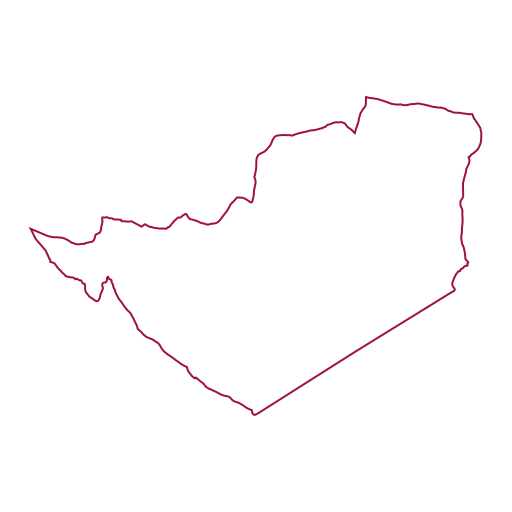 Cuìtiva, Boyacá, Colombia (Natural Earth projection)
{"feature_id": "7082276B99852494117570", "entity_name": "Cuìtiva", "entity_type": "district", "adm_level": 2, "iso_a3": "COL", "parent_name": "Colombia", "parent_adm1": "Boyacá", "projection": "natural_earth1", "projection_center": [-72.954, 5.587], "detail": "fine", "context": "isolated", "style": "outline", "palette": "rose", "viewbox_px": 512, "rotation_deg": 0, "n_neighbors": 0, "source": "geoboundaries", "source_scale": "gbopen_adm2", "svg_char_len": 6038}
<svg xmlns="http://www.w3.org/2000/svg" viewBox="0 0 512 512"><path d="M480.3,128.1L479.8,127.2L479.3,126.4L477.4,123.2L476.5,122.0L475.0,119.7L474.0,118.6L472.3,114.2L467.7,114.1L465.9,113.7L462.1,113.3L459.9,112.8L456.1,112.7L454.0,112.6L451.6,111.8L450.4,111.1L448.9,111.0L447.4,110.2L446.7,109.7L445.7,108.8L445.3,108.7L444.1,108.5L441.2,107.6L440.0,107.5L437.4,107.5L435.6,107.1L432.8,106.8L428.1,105.5L423.7,104.5L419.9,103.8L418.9,103.5L417.5,103.5L415.2,103.9L410.5,104.2L408.6,104.7L406.8,105.1L404.0,105.2L403.0,105.1L401.8,104.7L401.0,104.4L400.4,104.3L398.1,104.6L396.2,104.5L391.8,103.9L388.0,102.5L383.8,101.0L377.7,99.1L372.3,98.2L369.8,98.0L366.0,97.1L365.9,103.1L365.6,105.3L365.2,106.6L363.0,109.1L361.8,111.2L360.8,112.8L360.3,113.9L358.9,118.9L358.6,121.1L357.7,124.2L356.2,128.2L354.8,133.1L351.6,129.9L349.7,128.4L348.6,127.8L347.7,127.1L344.7,123.3L342.2,122.4L341.2,122.2L339.6,122.2L338.2,122.5L336.4,122.2L334.6,122.5L333.1,122.9L330.2,124.2L327.9,124.7L327.2,125.1L326.6,125.6L326.1,126.1L325.6,126.8L323.7,127.4L321.4,128.4L320.4,128.5L319.6,128.8L317.6,129.3L314.9,130.1L311.6,130.3L309.9,130.6L307.9,131.2L298.3,133.4L295.2,134.4L292.4,135.6L289.1,135.1L285.0,135.1L283.2,135.0L277.6,135.5L276.2,135.9L274.6,136.9L273.7,138.2L272.6,140.1L270.9,144.1L270.5,144.9L266.7,149.6L264.4,151.6L263.2,152.3L259.8,153.9L258.8,154.6L258.2,155.3L257.7,156.0L256.7,158.2L256.5,159.8L256.3,161.4L256.3,165.9L256.1,168.7L255.2,173.8L254.3,177.1L255.1,178.8L255.5,181.1L255.6,182.2L255.5,183.4L254.6,187.6L254.0,190.5L253.9,191.8L253.9,193.3L253.5,196.6L252.2,201.6L252.0,202.0L251.5,202.4L251.0,202.5L250.0,202.0L248.3,200.7L245.4,198.9L244.3,198.4L243.3,198.0L242.2,197.7L241.1,197.6L237.5,197.5L236.9,197.6L235.9,198.7L233.9,201.1L231.0,203.9L230.2,205.0L229.4,206.9L226.4,211.8L224.4,214.2L220.2,219.8L218.7,221.4L218.1,221.9L217.4,222.4L215.7,223.2L214.2,223.5L211.0,223.8L208.8,224.5L207.8,224.7L207.3,224.6L206.2,224.2L200.5,222.7L197.6,221.3L196.3,220.8L192.8,219.7L190.8,219.3L189.8,219.0L188.3,217.3L186.4,214.2L186.0,214.0L185.7,213.9L183.0,215.3L181.1,217.1L180.7,217.4L179.9,217.6L178.2,217.5L175.8,219.5L174.2,221.0L169.4,226.9L168.1,227.1L167.8,227.3L167.3,228.0L166.8,228.4L166.2,228.6L165.3,228.8L164.7,228.7L164.1,228.5L158.9,228.5L154.8,228.0L151.3,227.0L151.0,227.1L149.5,226.7L147.5,225.7L145.2,224.3L144.9,224.3L144.1,224.7L143.5,225.3L141.4,226.6L139.0,225.2L136.1,223.8L132.0,221.5L131.4,221.4L127.8,221.6L121.5,221.1L121.3,220.5L121.2,220.1L120.9,219.8L119.0,219.7L117.5,219.5L113.6,219.4L112.0,218.3L109.1,218.2L107.7,217.4L106.3,217.2L105.1,217.6L103.5,217.4L102.3,217.5L102.2,219.5L102.4,221.3L102.4,222.4L102.0,223.7L101.7,225.5L100.9,228.5L101.1,228.9L101.1,229.2L100.5,231.3L99.7,232.7L98.1,233.4L97.4,233.9L96.4,234.2L96.0,234.5L95.6,235.0L95.2,235.9L95.0,237.0L94.6,238.5L94.0,239.8L93.1,241.0L92.7,241.4L91.6,241.9L91.0,241.9L88.9,242.4L85.8,243.0L84.5,243.8L80.6,244.0L78.6,244.3L77.6,244.3L76.5,244.2L71.7,242.7L70.6,242.0L69.0,240.8L66.3,239.3L64.5,238.5L61.6,237.6L59.1,237.6L56.7,237.2L53.9,237.3L50.8,236.8L49.8,236.4L48.2,236.2L30.7,228.8L35.6,238.8L45.5,250.3L48.2,256.0L49.2,258.5L50.3,259.9L50.3,262.0L53.0,262.6L54.4,263.3L55.3,264.4L57.7,267.8L59.8,270.0L60.6,270.5L61.2,271.5L62.6,273.0L64.0,274.1L65.0,275.2L65.6,276.0L66.6,276.5L67.3,276.5L68.4,276.7L68.8,277.1L72.0,277.4L73.5,277.7L74.5,278.1L75.1,279.2L76.0,279.1L77.1,278.7L78.7,279.9L79.7,280.3L80.5,280.3L81.1,280.4L82.7,283.4L83.3,283.7L84.0,283.6L84.6,283.9L85.1,285.0L85.1,289.4L85.3,290.6L85.7,291.7L86.5,293.0L87.2,293.7L89.0,296.2L91.3,298.0L92.4,298.5L94.6,300.3L95.5,300.8L96.7,301.2L97.6,301.0L98.3,300.6L98.9,299.7L99.6,298.2L100.7,293.8L100.9,293.3L101.8,291.6L102.8,288.9L102.9,287.7L102.7,286.9L102.2,285.6L102.2,285.1L102.2,284.4L102.5,283.7L103.0,283.1L103.6,282.7L104.0,282.5L105.3,282.5L105.7,282.2L106.5,281.5L106.9,280.4L107.1,277.6L107.3,277.3L107.7,276.9L108.1,276.9L108.2,277.2L108.5,278.2L109.0,278.8L109.4,279.1L110.7,279.6L111.4,280.1L111.6,282.0L111.9,282.7L112.5,283.8L112.9,284.6L113.4,287.1L114.9,290.0L115.3,291.7L116.3,294.1L118.9,299.0L121.4,302.1L124.4,306.5L127.1,309.9L129.2,311.8L130.9,313.7L131.9,315.9L133.2,318.1L136.1,324.1L137.0,326.2L137.4,327.8L137.6,328.8L137.8,329.1L138.1,329.3L138.4,329.4L141.0,331.8L143.6,334.7L146.5,337.0L150.4,338.7L151.4,338.9L152.1,339.2L153.8,340.3L154.7,341.0L158.0,343.0L159.7,345.0L161.3,347.9L163.7,351.1L164.6,352.0L165.1,352.3L167.3,354.1L169.9,355.8L174.1,358.8L175.8,360.2L178.0,361.6L180.5,363.6L183.5,365.4L185.2,366.3L186.9,367.0L187.3,368.9L188.2,371.1L191.4,375.4L191.9,376.0L193.5,377.4L194.9,378.4L195.7,377.6L196.2,377.8L201.0,381.8L202.7,382.9L203.4,383.6L205.2,385.9L206.5,387.3L209.1,388.7L215.7,391.7L218.6,393.2L220.3,394.2L224.5,395.8L225.6,395.9L226.7,396.1L229.2,396.9L230.2,397.7L232.1,399.8L233.9,401.2L238.7,402.8L242.8,405.2L246.1,407.5L247.6,408.4L250.0,409.5L251.7,410.1L252.4,413.2L253.1,414.1L253.8,414.7L254.5,414.9L255.3,414.7L257.6,413.6L354.6,352.1L452.3,291.8L453.3,291.4L454.6,290.3L454.7,289.3L454.5,288.5L453.3,287.0L452.8,286.0L452.4,284.9L452.2,283.6L452.4,282.9L453.9,278.5L455.5,275.5L455.9,274.4L456.6,273.5L457.4,272.7L458.2,271.4L459.2,271.3L459.7,271.2L460.1,271.0L460.8,269.2L462.0,268.7L462.6,268.3L464.2,266.6L465.6,265.9L466.4,265.9L467.0,265.8L467.5,265.5L467.6,265.2L467.4,263.9L467.6,263.4L468.3,262.5L465.4,258.9L465.0,253.9L464.7,251.9L463.9,248.1L463.1,245.8L462.0,243.6L461.9,241.6L461.5,240.4L461.3,239.2L461.2,237.3L461.9,232.2L462.0,227.8L462.6,222.3L462.5,217.2L462.3,214.3L462.4,211.1L462.3,209.9L460.5,205.4L460.4,203.2L460.5,201.6L460.8,200.6L462.5,198.1L463.2,196.0L463.0,187.1L463.0,183.5L463.2,182.2L464.5,176.9L466.0,171.7L466.1,169.9L466.4,169.0L466.8,167.9L468.6,164.4L469.3,162.0L469.5,160.6L469.1,158.6L468.6,157.1L469.9,156.3L471.0,155.1L471.2,154.6L473.0,153.5L475.2,151.8L477.5,149.6L478.0,148.9L479.8,145.4L480.3,144.1L480.6,143.0L481.0,140.9L481.2,138.8L481.3,133.0L481.1,131.6L480.6,130.2L480.5,128.9L480.3,128.1Z" fill="none" stroke="#9f1239" stroke-width="2"/></svg>